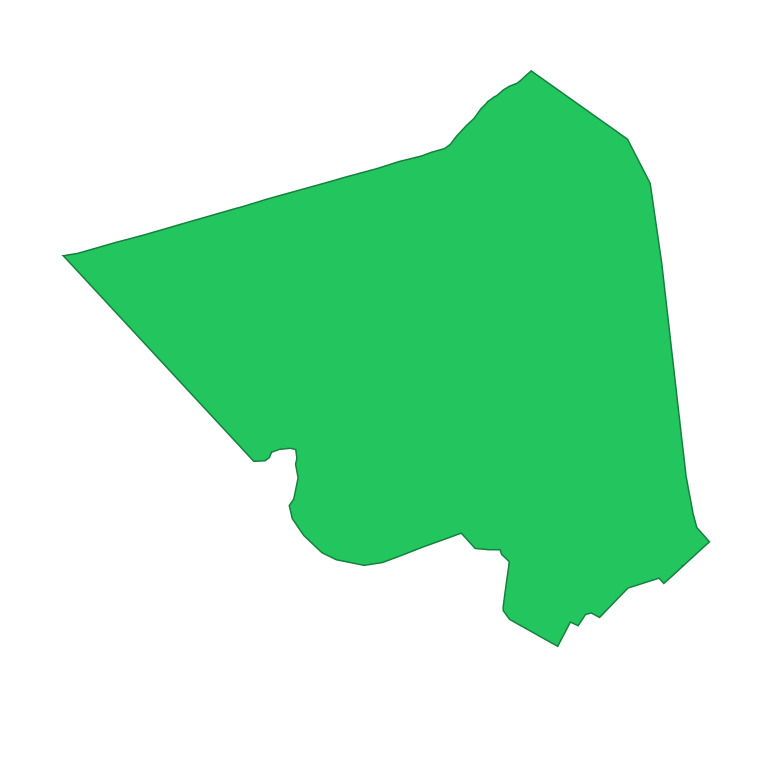 the district of Kota Sungai Penuh, Jambi, Indonesia, rotated 81°
{"feature_id": "22746128B31453944142504", "entity_name": "Kota Sungai Penuh", "entity_type": "district", "adm_level": 2, "iso_a3": "IDN", "parent_name": "Indonesia", "parent_adm1": "Jambi", "projection": "mercator", "projection_center": [101.365, -2.138], "detail": "fine", "context": "isolated", "style": "filled", "palette": "green", "viewbox_px": 768, "rotation_deg": 81, "n_neighbors": 0, "source": "geoboundaries", "source_scale": "gbopen_adm2", "svg_char_len": 1992}
<svg xmlns="http://www.w3.org/2000/svg" viewBox="0 0 768 768"><g transform="rotate(81 384 384)"><path d="M97.7,189.5L100.3,193.6L101.1,194.9L105.2,201.0L107.5,205.0L107.8,205.7L109.5,213.5L112.2,220.1L116.8,227.5L117.8,230.6L119.9,234.4L121.0,237.0L122.8,238.9L127.4,245.3L135.6,253.3L136.9,255.1L138.4,257.4L141.4,261.9L149.1,271.7L150.4,273.4L157.6,280.9L160.9,287.2L162.5,300.5L164.7,311.6L166.6,334.1L169.2,351.1L170.1,356.9L173.4,387.7L174.4,396.2L174.9,399.6L175.0,400.2L175.2,402.0L180.3,446.4L181.6,457.8L183.1,470.7L186.9,497.5L187.4,502.9L194.3,558.9L197.6,584.8L199.4,599.2L202.2,626.8L207.1,666.5L207.1,668.3L207.1,672.9L207.2,680.0L207.1,680.8L208.2,679.9L208.2,680.0L440.0,524.7L441.2,513.5L438.8,508.8L433.8,505.7L432.2,497.7L432.8,486.7L435.0,481.4L444.0,481.7L449.3,483.9L463.2,483.5L483.7,491.2L489.2,496.6L494.5,496.2L502.4,495.7L502.5,495.7L521.1,486.9L540.9,471.7L550.1,458.6L554.5,446.8L560.0,432.0L560.1,413.6L556.6,396.2L551.1,371.0L543.4,331.0L554.5,323.7L560.7,319.7L564.1,306.3L565.8,295.3L570.5,294.6L578.4,288.6L579.2,288.1L584.4,289.6L586.1,290.1L596.1,293.2L613.7,298.5L613.8,298.5L617.8,299.7L623.0,301.2L626.5,301.7L630.0,299.9L636.1,296.8L637.4,295.2L638.6,293.6L640.2,291.7L648.6,281.0L654.5,273.5L658.7,268.2L659.4,267.3L666.5,258.3L670.3,253.5L664.9,249.5L658.9,245.0L648.3,237.2L653.1,230.1L648.7,226.0L643.6,221.4L643.1,220.9L642.6,215.1L648.3,207.6L646.0,204.5L644.0,201.9L632.9,187.2L632.7,187.0L625.8,177.7L623.7,175.0L618.8,142.7L620.8,141.4L622.2,140.5L624.8,138.8L618.9,129.7L613.8,122.0L613.7,121.9L610.8,117.5L610.3,117.8L610.4,116.9L607.4,112.4L601.4,103.3L595.8,94.9L590.8,87.2L574.7,97.5L560.3,99.0L548.0,99.3L532.9,99.8L527.6,99.9L524.3,100.0L521.8,100.1L518.1,99.9L511.6,99.6L511.4,99.6L502.7,99.2L497.9,99.0L494.4,98.9L493.4,98.8L487.6,98.6L484.6,98.5L475.9,98.1L470.6,97.9L465.2,97.6L459.1,97.4L443.6,96.7L308.2,90.8L227.4,89.7L180.3,105.2L111.6,175.5L98.3,189.1L97.7,189.5Z" fill="#22c55e" stroke="#15803d" stroke-width="1.5"/></g></svg>